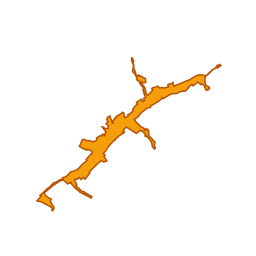 outline of Balan, Harghita, Romania, rotated 80°
{"feature_id": "2599482B6539282890609", "entity_name": "Balan", "entity_type": "district", "adm_level": 2, "iso_a3": "ROU", "parent_name": "Romania", "parent_adm1": "Harghita", "projection": "orthographic", "projection_center": [25.807, 46.657], "detail": "fine", "context": "isolated", "style": "filled", "palette": "amber", "viewbox_px": 256, "rotation_deg": 80, "n_neighbors": 0, "source": "geoboundaries", "source_scale": "gbopen_adm2", "svg_char_len": 5823}
<svg xmlns="http://www.w3.org/2000/svg" viewBox="0 0 256 256"><g transform="rotate(80 128 128)"><path d="M83.6,29.7L84.4,29.2L83.5,27.6L83.0,26.1L82.6,25.7L81.4,26.5L81.8,27.1L81.9,27.5L81.7,27.8L81.8,28.3L81.6,28.6L81.9,29.3L82.2,29.4L82.7,30.2L82.9,30.1L83.6,31.0L84.4,32.0L84.8,32.9L85.0,33.9L85.4,35.3L86.7,36.6L87.7,38.6L89.9,41.7L89.8,43.2L88.7,45.4L88.0,48.1L88.2,51.2L89.8,55.6L91.2,58.6L91.7,61.8L93.5,69.6L94.0,72.1L94.7,75.5L94.2,75.5L92.2,76.1L91.0,75.5L90.8,75.6L90.8,75.8L91.8,76.6L91.9,80.3L92.1,81.2L94.7,81.1L94.7,86.5L93.9,87.5L94.1,88.8L93.9,90.2L93.1,90.4L91.9,91.6L92.4,92.8L92.6,95.8L92.7,96.6L93.1,97.7L94.3,97.4L95.5,97.3L95.8,98.2L96.4,98.7L97.2,100.0L98.0,101.0L99.1,103.0L97.8,103.7L96.5,104.2L95.3,104.3L93.5,104.2L91.0,104.5L88.3,105.9L87.3,106.2L86.1,106.8L84.9,107.8L84.8,107.2L85.2,106.9L85.3,106.5L86.0,105.1L86.3,103.8L86.1,102.6L82.7,102.3L81.9,102.5L81.6,103.5L79.2,106.0L79.5,106.6L77.8,108.2L78.6,108.5L78.1,109.7L77.2,110.6L76.3,111.1L74.3,111.0L71.7,111.5L70.7,111.9L66.7,111.4L64.0,111.9L63.7,110.9L60.3,111.4L59.7,111.8L59.6,112.2L60.1,112.4L61.5,112.4L61.9,112.6L61.9,112.8L62.2,112.8L62.6,112.6L63.2,112.6L65.3,112.2L66.0,111.8L69.6,112.3L71.4,113.2L73.0,113.7L74.3,113.1L76.4,111.7L78.2,110.7L78.3,111.2L80.6,110.4L81.7,110.5L81.7,111.1L82.4,110.8L83.2,110.1L83.9,108.7L84.0,108.4L85.5,108.1L85.8,108.9L89.1,107.1L88.9,106.8L91.1,105.9L92.3,105.7L92.4,106.4L93.2,106.2L93.3,106.6L94.8,106.3L96.3,106.3L96.4,105.9L96.9,105.9L97.0,106.1L98.3,106.0L98.2,105.7L99.6,105.6L101.0,105.1L101.4,107.0L101.7,107.7L103.0,107.0L103.6,106.9L104.6,109.1L103.2,109.6L102.0,109.8L102.0,110.1L103.2,113.0L104.2,115.2L104.5,115.3L105.9,114.4L106.9,115.9L107.7,117.3L110.4,120.0L111.1,119.6L111.3,120.1L112.3,120.2L113.0,120.8L112.8,121.3L113.3,121.6L113.5,122.3L114.2,123.4L114.6,124.2L114.8,125.7L115.9,125.2L116.6,127.5L117.5,129.1L115.8,129.9L114.8,129.3L113.9,129.7L112.2,129.6L111.6,131.1L112.5,131.4L112.7,132.7L114.2,136.2L114.0,136.4L115.1,137.9L116.0,139.2L116.2,139.5L116.6,139.1L118.5,141.9L120.1,142.2L120.6,142.1L120.5,142.5L117.1,142.9L114.0,143.8L113.0,143.7L113.7,144.8L113.8,146.1L113.9,146.5L115.1,146.4L115.8,147.6L118.3,146.6L119.7,148.7L120.3,148.2L120.5,148.4L121.3,147.8L122.2,146.7L123.0,147.2L124.9,147.6L124.8,149.8L124.4,150.6L122.6,152.7L122.4,153.3L127.9,150.4L130.2,152.0L131.2,152.1L131.6,152.7L129.6,153.9L130.8,155.1L131.4,155.9L130.6,156.7L131.5,158.3L132.3,160.8L133.3,160.4L134.9,161.7L135.5,163.2L135.1,164.4L135.5,165.4L134.4,166.7L133.9,167.7L133.5,170.1L132.6,171.9L131.5,173.1L131.5,173.9L131.7,175.2L134.2,176.7L135.1,177.1L137.6,179.2L140.9,175.2L142.7,172.4L142.0,171.7L142.1,171.3L143.5,168.9L144.2,168.3L144.9,167.4L146.2,167.6L147.0,168.0L146.7,168.2L147.2,169.2L151.8,174.7L152.8,174.0L153.5,175.0L155.3,178.7L159.1,183.5L160.4,186.0L160.7,186.7L161.3,192.1L164.2,196.0L165.4,198.4L165.5,200.9L167.0,200.9L166.7,202.0L167.4,204.6L168.8,208.4L169.2,211.1L172.7,215.7L173.2,217.1L173.8,218.0L178.8,225.9L179.2,226.4L179.5,226.2L180.1,225.4L183.8,230.3L184.5,229.5L184.7,228.7L185.5,226.7L186.8,224.8L192.0,218.1L194.4,216.2L195.0,216.5L195.7,217.4L196.4,216.6L194.7,215.0L194.1,214.7L193.7,214.9L192.8,214.8L192.2,214.9L190.7,215.9L189.7,216.1L189.4,216.5L187.8,216.6L186.6,217.3L184.7,215.9L182.9,218.5L180.2,220.8L177.5,222.0L171.7,211.9L168.6,204.9L168.1,202.8L168.0,200.7L172.6,197.1L172.0,195.9L171.3,195.1L171.6,194.7L172.5,194.3L172.0,193.2L173.1,193.3L173.9,193.0L174.6,192.7L176.7,190.9L177.2,191.2L178.6,190.1L179.9,188.6L180.0,188.7L181.1,187.7L183.0,186.4L184.1,184.6L185.7,183.1L185.2,182.7L186.1,181.0L186.8,181.5L188.6,178.9L190.6,176.3L189.3,175.5L188.7,176.1L188.1,176.7L186.9,178.4L186.2,178.9L185.1,180.6L183.2,182.3L182.4,184.2L181.0,185.8L180.7,185.6L178.8,186.7L178.9,187.1L177.3,188.6L177.2,188.4L175.2,189.3L175.0,188.3L171.3,189.4L170.7,189.8L169.7,189.8L169.2,187.6L169.7,187.4L168.4,184.3L170.5,183.5L169.0,180.3L170.9,179.2L170.4,178.2L169.1,177.2L166.2,174.0L165.4,173.3L164.5,173.8L158.3,164.8L155.5,160.1L157.3,157.8L156.7,154.5L152.7,156.2L152.2,156.6L150.6,155.3L149.0,156.8L148.8,156.8L146.8,154.0L144.7,152.3L142.2,149.6L137.3,143.2L137.7,142.9L137.5,142.7L137.1,142.9L136.3,141.5L135.0,139.8L135.1,139.7L134.9,139.7L134.7,139.5L133.4,136.2L132.4,134.7L132.6,134.5L132.4,133.9L132.4,133.5L132.2,132.9L131.5,132.8L131.2,132.4L130.8,133.1L130.7,133.4L130.7,133.6L128.1,131.5L127.4,130.3L126.8,129.7L127.5,128.7L134.8,120.7L134.0,119.1L132.4,116.4L133.6,114.9L133.3,114.3L137.6,112.1L138.1,112.0L138.7,112.7L139.4,112.1L138.9,111.5L139.5,111.0L140.5,110.0L140.8,110.3L141.7,109.4L142.4,108.9L143.5,108.6L144.4,108.1L148.2,107.0L148.6,107.0L149.0,107.5L150.4,107.2L152.4,106.2L153.4,105.8L153.0,105.2L152.5,104.5L150.5,105.0L149.4,104.9L147.4,104.4L146.8,103.7L144.2,105.6L142.6,106.4L138.7,109.0L137.2,108.3L135.8,109.0L134.6,108.0L133.2,108.6L131.9,110.0L133.6,111.6L132.8,111.8L131.6,111.8L131.7,112.0L130.0,113.6L129.1,115.2L128.9,115.4L128.5,115.7L128.4,115.5L127.3,116.2L126.0,117.2L126.1,117.3L122.9,119.3L121.9,119.7L121.1,120.3L120.5,120.2L120.4,119.6L118.7,116.3L118.6,115.7L118.2,115.8L115.2,112.1L114.4,110.9L111.6,105.1L111.6,102.1L109.9,101.9L109.3,99.1L106.6,92.4L105.6,90.7L104.9,89.9L104.0,89.3L105.2,88.3L102.3,80.7L102.1,79.2L102.0,77.6L102.5,74.8L102.3,73.5L101.3,70.4L101.2,69.3L101.4,66.3L101.6,65.1L100.9,63.9L98.5,61.0L98.0,61.3L96.2,57.8L96.3,57.3L96.9,57.4L97.1,57.3L97.4,56.9L97.2,55.9L97.5,55.9L96.5,54.2L95.2,51.5L95.3,50.9L95.8,50.4L96.4,50.1L97.9,48.7L97.2,48.0L99.1,45.7L101.3,45.3L103.0,44.9L104.6,44.3L104.4,44.0L104.4,43.7L104.0,43.3L104.3,42.7L104.3,42.4L102.9,40.7L101.6,41.2L101.2,41.7L100.4,42.9L99.1,44.0L96.9,44.2L94.3,44.0L92.6,43.5L90.4,42.6L89.6,40.6L87.0,36.7L85.9,35.5L85.3,34.3L84.3,31.3L84.1,30.6L83.6,29.7Z" fill="#f59e0b" stroke="#b45309" stroke-width="1.5"/></g></svg>